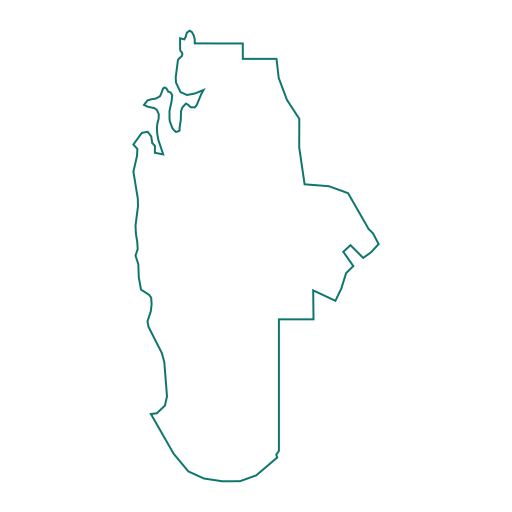 map outline of Ar Rayyān (Robinson projection)
{"feature_id": "QAT-1100", "entity_name": "Ar Rayyān", "entity_type": "Municipality", "adm_level": 1, "iso_a3": "QAT", "parent_name": "Qatar", "parent_adm1": "", "projection": "robinson", "projection_center": [50.968, 25.185], "detail": "fine", "context": "isolated", "style": "outline", "palette": "teal", "viewbox_px": 512, "rotation_deg": 0, "n_neighbors": 0, "source": "natural_earth", "source_scale": "10m", "svg_char_len": 1649}
<svg xmlns="http://www.w3.org/2000/svg" viewBox="0 0 512 512"><path d="M222.5,481.3L203.9,478.5L188.3,471.4L173.6,453.7L150.9,414.0L156.8,413.3L164.9,405.6L167.0,396.4L164.3,362.1L161.8,353.0L148.5,326.8L147.5,321.4L150.8,311.3L151.6,304.3L151.2,297.8L149.3,295.0L141.0,289.6L138.8,277.4L138.3,264.2L135.5,255.6L137.7,249.1L137.2,241.6L135.9,233.6L135.5,225.7L138.0,206.2L137.8,198.6L133.4,171.6L137.0,156.0L137.4,149.0L133.4,144.5L141.8,132.9L147.7,131.8L151.2,136.4L152.2,143.0L154.9,145.8L154.9,152.8L163.2,154.4L158.3,139.8L157.2,133.6L156.9,127.1L157.5,123.0L158.6,118.8L158.8,114.3L156.9,109.9L154.3,108.1L147.6,106.7L144.0,104.9L147.5,100.4L151.6,99.2L155.9,98.6L160.0,96.2L161.0,94.2L163.0,88.6L164.3,87.5L166.3,88.3L168.3,91.7L170.5,92.4L172.2,95.1L171.6,101.2L169.5,111.0L169.5,118.5L169.8,121.2L172.3,128.0L173.8,130.0L176.0,132.0L179.1,131.0L179.7,130.1L179.5,128.3L180.8,119.9L181.0,111.3L182.4,107.4L185.9,103.6L188.0,104.7L190.6,107.2L194.8,107.4L196.8,104.9L201.1,94.4L203.5,90.0L194.9,93.5L187.0,95.0L180.5,92.1L176.0,82.6L175.7,77.4L177.9,60.4L178.7,58.8L181.7,56.2L182.4,54.3L182.0,52.8L180.4,50.7L180.1,49.1L180.1,38.3L184.3,39.4L185.8,36.6L186.8,32.7L189.7,30.7L191.8,32.0L193.6,35.1L194.7,39.2L194.8,43.4L242.8,43.5L242.8,58.9L276.5,58.9L278.7,77.9L286.9,99.8L299.3,118.9L299.2,147.4L304.6,184.3L328.8,186.2L348.1,193.2L368.6,229.0L373.0,233.3L378.6,244.1L370.9,252.4L363.2,257.9L350.5,245.2L343.3,251.8L353.3,266.1L346.1,273.1L341.3,288.6L335.4,300.8L313.2,290.4L313.5,319.3L278.9,319.3L278.9,450.9L276.3,454.7L277.0,457.0L277.2,457.5L256.2,475.4L240.0,481.2L222.5,481.3Z" fill="none" stroke="#0f766e" stroke-width="2"/></svg>